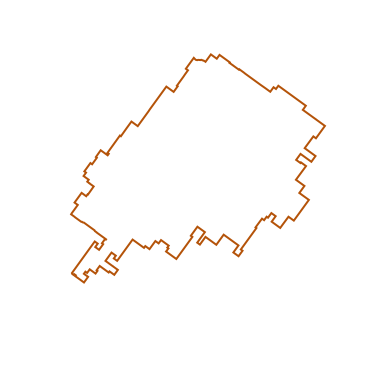 Murchison, Western Australia, Australia (Robinson projection), rotated 36°
{"feature_id": "25037944B75354234976201", "entity_name": "Murchison", "entity_type": "district", "adm_level": 2, "iso_a3": "AUS", "parent_name": "Australia", "parent_adm1": "Western Australia", "projection": "robinson", "projection_center": [116.097, -27.009], "detail": "fine", "context": "isolated", "style": "outline", "palette": "amber", "viewbox_px": 384, "rotation_deg": 36, "n_neighbors": 0, "source": "geoboundaries", "source_scale": "gbopen_adm2", "svg_char_len": 4243}
<svg xmlns="http://www.w3.org/2000/svg" viewBox="0 0 384 384"><g transform="rotate(36 192 192)"><path d="M291.2,155.3L291.2,149.5L291.2,146.6L291.2,129.7L285.6,129.7L284.7,129.7L279.4,129.7L279.4,125.2L279.4,121.0L275.4,121.0L268.9,121.0L269.0,104.0L266.6,104.0L264.2,104.0L263.0,104.0L262.7,104.0L262.7,104.8L260.2,104.8L257.4,104.8L257.4,97.4L263.1,97.4L270.8,97.4L270.8,90.3L270.4,90.3L264.0,90.3L263.2,90.3L260.1,90.3L259.8,90.3L259.0,90.3L258.7,90.3L258.4,90.3L257.4,90.3L257.5,75.7L260.7,75.7L260.7,69.8L260.7,69.6L260.7,67.9L260.7,67.6L260.7,66.3L260.7,66.2L260.7,61.2L260.7,60.4L258.7,60.4L257.1,60.4L256.1,60.4L251.5,60.4L240.8,60.4L233.4,60.4L233.4,55.3L223.8,55.3L215.7,55.3L213.8,55.3L212.2,55.3L211.0,55.3L209.1,55.3L199.4,55.3L199.4,59.3L196.4,59.3L196.4,64.9L192.3,64.9L190.3,64.9L184.6,65.0L178.1,65.0L172.0,65.0L169.1,65.0L167.5,65.0L165.5,65.0L163.8,64.9L162.2,64.9L160.3,64.9L158.1,64.9L158.1,65.5L157.3,65.5L156.9,65.5L155.6,65.5L154.0,65.5L146.4,65.5L146.4,64.9L142.4,64.9L138.5,64.9L133.7,64.9L133.7,69.6L126.4,69.6L126.4,78.7L126.2,78.7L124.9,78.8L124.3,78.8L123.9,79.1L123.4,79.1L122.8,79.4L122.2,79.4L121.7,79.7L121.2,80.4L120.8,80.5L120.4,80.9L120.1,81.0L119.6,81.3L119.3,81.5L119.1,81.7L119.0,82.0L118.6,82.3L118.4,82.4L118.3,82.5L117.8,82.7L117.6,82.8L117.4,82.8L116.7,82.8L114.6,82.4L114.6,88.4L114.6,95.3L114.6,95.9L117.2,95.9L117.2,97.4L117.2,97.9L117.2,98.7L117.2,99.2L117.2,100.4L117.2,100.9L117.3,103.9L117.3,104.3L117.3,107.3L117.3,107.7L117.3,108.6L117.3,109.0L117.3,110.3L117.3,110.7L117.3,112.0L117.3,112.5L117.3,113.7L117.3,114.0L117.3,114.9L117.6,114.9L118.3,114.9L118.3,115.3L118.3,121.8L117.1,121.8L116.6,121.8L109.3,121.8L109.3,122.2L109.3,122.6L109.3,123.9L109.3,124.3L109.3,125.6L109.3,126.0L109.3,127.6L109.3,128.5L109.3,128.9L109.3,132.2L109.3,133.0L109.3,135.2L109.3,136.0L109.3,138.1L109.3,139.0L109.3,141.1L109.3,142.0L109.3,144.1L109.3,145.0L109.3,147.1L109.3,148.0L109.3,149.2L109.3,150.1L109.4,152.2L109.4,152.6L109.4,156.7L109.4,170.6L101.6,170.6L101.6,178.9L101.7,188.7L100.5,188.7L100.6,210.0L102.2,210.0L102.2,211.9L93.6,211.9L93.7,220.2L94.9,220.2L94.9,228.3L92.8,228.3L92.8,238.6L93.9,238.6L94.9,238.6L94.9,240.7L94.9,242.8L96.4,242.8L98.2,242.8L99.4,242.8L101.2,242.8L101.2,245.2L103.7,245.2L103.7,245.3L108.8,245.3L109.2,245.3L109.3,252.2L109.3,255.2L108.9,255.2L108.9,257.6L103.2,257.6L103.2,269.4L103.2,269.6L104.4,269.6L105.6,269.6L107.2,269.6L107.2,272.7L107.2,279.4L107.2,279.9L107.3,281.1L107.8,281.1L110.1,281.1L110.9,281.1L111.6,281.1L112.0,281.2L113.2,281.2L114.3,281.2L115.5,281.2L116.1,281.2L116.3,281.2L117.4,281.2L118.1,281.2L120.0,281.2L120.4,280.8L121.3,280.8L121.6,280.8L122.2,280.5L122.5,280.3L122.9,280.3L123.5,280.3L123.8,280.3L125.3,280.3L126.0,280.3L126.4,280.3L126.5,280.3L127.3,280.3L128.6,280.3L129.8,280.3L130.5,280.3L131.2,280.3L131.3,280.3L132.9,280.3L133.3,280.3L133.7,280.3L135.7,280.3L136.3,280.7L137.0,280.7L138.5,280.7L138.6,280.8L139.6,280.8L140.0,280.8L141.7,280.8L142.5,280.8L144.1,280.8L144.5,280.8L145.4,280.8L145.8,280.8L147.8,280.8L149.5,280.8L150.3,280.8L150.3,281.1L149.3,281.1L149.3,286.4L150.8,286.4L150.8,293.4L146.1,293.4L146.1,289.2L144.7,289.2L142.4,289.2L142.5,328.2L143.3,328.7L144.1,328.7L144.9,328.7L144.9,327.7L147.0,327.7L147.0,328.7L157.8,328.7L157.8,321.7L152.6,321.7L152.6,319.1L154.7,319.1L154.7,314.7L161.9,314.7L161.9,311.4L160.8,311.4L160.8,306.1L171.9,306.1L171.9,304.7L177.8,304.7L177.8,298.6L162.5,298.6L162.5,292.5L162.5,288.3L167.8,288.3L167.8,291.7L171.9,291.7L171.9,274.0L171.9,265.4L186.0,265.4L186.0,263.2L191.2,263.2L191.2,255.7L191.2,253.2L195.2,253.2L195.2,249.1L199.9,249.1L204.7,249.1L204.7,251.5L206.1,251.5L206.0,255.4L210.8,255.4L218.3,255.4L218.7,255.4L218.7,251.5L218.7,232.9L218.7,230.0L218.7,229.7L218.7,228.1L216.8,228.1L216.8,216.9L226.0,216.9L226.0,229.9L229.3,229.9L229.3,220.4L242.7,220.4L242.7,207.9L261.0,207.9L261.0,216.6L263.6,216.6L267.4,216.6L267.4,214.7L267.4,210.5L267.4,209.8L266.7,209.8L265.3,209.8L265.3,188.2L265.3,187.8L265.3,183.3L264.2,183.3L264.3,172.4L266.9,172.4L266.9,169.3L266.9,168.1L268.6,168.1L268.6,162.4L269.0,162.4L272.8,162.4L273.6,162.4L273.9,162.4L273.9,169.2L284.5,169.2L284.5,165.5L284.6,155.3L291.2,155.3Z" fill="none" stroke="#b45309" stroke-width="2"/></g></svg>